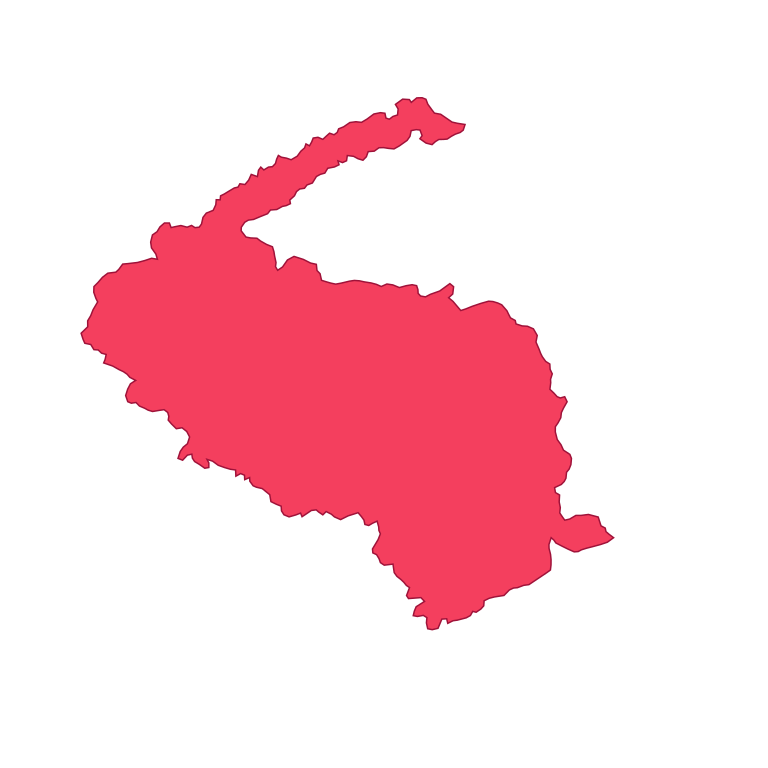 the district of Itapaci, Goiás, Brazil, rotated 54°
{"feature_id": "56859067B10600417055879", "entity_name": "Itapaci", "entity_type": "district", "adm_level": 2, "iso_a3": "BRA", "parent_name": "Brazil", "parent_adm1": "Goiás", "projection": "robinson", "projection_center": [-49.677, -14.921], "detail": "fine", "context": "isolated", "style": "filled", "palette": "rose", "viewbox_px": 768, "rotation_deg": 54, "n_neighbors": 0, "source": "geoboundaries", "source_scale": "gbopen_adm2", "svg_char_len": 5462}
<svg xmlns="http://www.w3.org/2000/svg" viewBox="0 0 768 768"><g transform="rotate(54 384 384)"><path d="M124.7,467.0L125.2,472.9L127.4,478.1L127.3,483.7L132.1,489.4L137.2,492.1L144.8,492.2L149.9,494.0L145.7,498.1L143.5,505.0L140.8,512.0L136.2,520.2L133.4,524.9L135.4,531.2L135.9,535.2L132.0,542.3L132.2,549.0L133.8,555.9L134.7,561.4L139.2,564.9L145.2,566.7L149.3,567.4L152.9,575.7L156.4,581.2L158.7,586.6L163.6,590.1L164.9,599.2L171.0,601.2L175.2,602.1L179.7,598.0L185.7,598.5L188.5,595.2L193.0,594.4L196.8,591.4L200.2,595.2L202.2,598.4L209.9,593.0L216.8,589.8L220.8,587.6L225.0,586.1L229.3,585.7L235.1,582.8L234.8,589.0L237.5,594.4L241.5,599.8L247.7,601.7L251.0,599.7L253.2,595.5L258.1,594.8L262.9,591.9L266.5,590.2L270.2,587.4L273.2,581.4L275.5,577.0L279.9,575.7L283.7,577.1L286.4,579.8L291.4,579.4L298.1,578.3L300.7,573.1L306.5,571.5L312.6,572.4L316.8,578.1L317.1,583.5L318.8,588.5L323.1,594.4L327.3,591.7L326.0,584.9L327.8,580.7L331.4,582.6L335.4,582.8L340.6,580.6L346.8,578.5L348.6,574.8L344.9,572.1L340.9,571.5L345.7,568.0L352.3,565.9L358.0,562.0L362.8,558.3L366.3,554.6L371.5,558.0L372.2,552.6L375.8,550.5L379.5,552.9L380.7,547.7L383.8,549.7L389.4,549.7L392.5,547.9L397.0,544.0L406.4,541.5L412.7,544.6L417.8,541.9L422.4,539.0L426.4,541.5L431.0,541.8L435.7,538.9L438.1,532.3L439.4,527.4L443.2,528.3L443.4,523.7L443.6,517.1L446.0,512.8L449.2,512.1L453.9,510.4L453.2,505.8L458.4,503.1L462.4,502.2L468.2,498.8L469.6,490.5L472.9,480.6L478.1,480.2L482.3,480.2L486.4,482.0L489.5,479.5L489.9,475.2L490.9,470.2L496.5,472.3L499.5,474.2L503.1,475.0L506.4,480.2L510.7,490.3L514.1,492.3L517.7,490.3L522.4,490.7L526.4,491.9L530.7,490.3L535.0,482.6L538.2,484.3L542.6,486.6L547.3,486.6L551.8,485.3L556.0,484.5L560.1,484.3L563.7,483.0L568.4,490.1L572.0,490.3L578.5,479.7L583.7,479.0L583.1,488.9L585.6,493.0L588.6,496.5L591.7,493.6L594.3,488.2L598.2,486.6L602.2,490.1L607.7,492.5L611.1,489.4L613.4,483.9L608.2,475.4L610.8,471.3L615.1,473.1L616.1,467.3L618.1,463.6L621.5,454.9L622.1,450.2L620.1,445.9L622.8,443.6L623.0,437.9L622.1,433.7L618.2,430.4L619.2,424.8L621.2,419.8L623.6,415.1L625.6,411.2L624.3,403.6L625.2,399.1L627.2,395.8L629.0,389.3L631.5,384.7L632.3,363.2L632.3,358.7L628.5,355.2L624.3,352.1L619.7,349.4L614.0,347.1L610.8,344.9L606.6,339.1L610.2,338.3L613.6,338.4L619.6,335.4L625.7,332.2L631.6,328.8L633.7,325.4L634.2,321.7L636.0,316.4L638.0,311.4L641.1,303.3L643.3,296.3L643.3,288.6L637.7,290.3L633.9,291.2L630.6,289.7L626.3,291.8L617.5,288.9L609.7,295.3L606.2,301.7L603.1,306.0L602.4,313.2L600.4,317.8L596.6,317.8L591.6,317.6L587.6,314.0L582.4,311.6L577.0,307.2L572.6,309.1L568.1,306.9L569.5,299.6L568.8,295.5L567.2,292.2L562.7,288.2L561.7,284.3L559.1,280.2L554.4,276.1L550.2,275.0L543.0,277.7L537.2,276.5L530.8,276.5L523.5,273.6L519.3,270.5L517.7,266.0L515.2,260.8L511.4,257.3L509.0,252.9L506.0,246.3L500.5,245.3L498.9,249.6L496.0,251.4L491.2,251.9L485.8,252.9L481.0,248.4L478.1,246.5L474.7,241.9L469.8,241.0L465.3,238.1L460.8,239.9L455.0,239.9L451.4,239.3L447.0,238.1L439.4,236.4L434.8,231.5L427.2,230.7L421.6,234.0L418.2,238.1L413.0,241.9L409.8,240.5L404.8,242.8L400.8,242.2L397.0,241.5L389.1,242.2L385.4,244.3L381.3,247.4L378.5,250.7L375.7,258.3L373.0,267.0L371.3,273.8L369.7,278.7L357.8,279.6L352.2,281.0L351.6,275.5L346.2,270.5L341.5,271.7L341.5,284.3L338.7,293.8L337.9,299.2L334.3,302.7L330.7,303.1L327.6,301.1L323.6,299.8L320.2,302.9L317.5,308.3L315.0,314.9L309.0,318.6L304.8,322.9L303.5,328.9L298.9,331.6L294.7,335.0L289.7,340.0L286.1,343.2L282.8,347.1L280.5,351.5L277.2,359.4L274.8,364.4L271.0,367.8L267.8,370.3L263.4,373.6L257.2,370.9L252.8,371.5L247.4,368.4L243.0,372.3L235.8,376.0L227.9,381.8L226.9,389.2L229.7,397.3L229.5,403.2L225.3,402.8L222.3,400.0L216.2,397.3L212.3,395.3L207.4,393.6L202.0,397.0L195.6,399.9L191.4,401.1L187.4,406.1L184.0,409.3L176.1,409.5L173.3,407.3L171.3,401.6L171.7,397.4L174.2,392.8L176.0,385.1L177.8,378.1L176.5,373.6L179.8,368.2L180.6,361.8L182.2,358.3L183.1,353.7L179.8,352.1L179.1,345.8L176.9,341.7L176.7,337.6L178.9,333.3L177.7,329.3L179.3,323.8L176.4,316.7L177.0,312.2L178.6,307.9L176.4,302.7L179.3,296.5L180.2,291.5L176.4,290.1L180.5,287.4L181.4,283.1L177.6,279.4L181.9,274.8L186.5,272.6L190.6,269.5L189.8,264.7L186.7,260.2L189.9,255.0L189.9,249.2L192.6,245.3L196.1,241.8L199.7,237.7L200.4,231.6L200.5,222.1L198.9,217.4L195.0,213.1L197.1,208.5L199.7,205.6L205.5,207.2L206.7,210.8L213.8,208.4L218.6,204.4L218.1,199.8L218.4,195.9L221.0,192.2L223.0,188.9L223.2,183.9L223.8,179.4L225.3,174.5L225.2,170.7L221.7,165.9L216.1,171.5L212.1,175.0L199.1,179.6L194.5,184.0L190.1,184.1L183.4,184.1L178.3,182.7L174.8,184.9L171.8,189.3L172.2,196.4L168.8,196.3L164.5,201.5L164.5,205.5L164.5,210.4L169.8,210.9L174.3,214.9L172.8,219.5L172.9,224.1L170.0,226.1L165.5,224.1L162.4,227.4L159.6,233.5L159.7,242.0L159.1,248.4L155.3,252.6L152.4,257.9L152.2,265.5L150.9,270.7L153.0,274.0L153.0,277.9L149.1,280.6L149.5,284.5L150.1,289.7L145.6,292.4L143.4,296.7L145.7,300.3L147.5,304.3L143.9,306.0L146.3,309.5L146.8,314.5L148.7,320.3L148.0,327.3L144.0,330.1L140.2,333.7L137.0,335.1L139.0,338.7L141.8,342.2L142.6,346.5L140.6,350.0L140.2,355.4L136.1,356.2L137.3,359.9L141.8,364.5L136.4,368.2L139.5,373.6L140.9,379.2L137.3,382.9L138.9,386.4L137.4,389.9L136.8,396.5L136.4,401.6L135.7,405.6L138.7,408.3L136.3,411.4L140.1,414.7L143.1,420.1L141.3,427.3L142.8,432.5L147.3,437.6L148.5,441.3L146.4,445.0L142.6,446.5L141.4,451.1L136.4,455.2L133.9,460.6L132.3,464.3L127.6,463.0L124.7,467.0Z" fill="#f43f5e" stroke="#9f1239" stroke-width="1.5"/></g></svg>